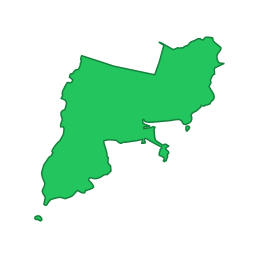 outline of Ngerkebesang, Palau, rotated 263°
{"feature_id": "81905179B69060738119315", "entity_name": "Ngerkebesang", "entity_type": "district", "adm_level": 2, "iso_a3": "PLW", "parent_name": "Palau", "parent_adm1": "", "projection": "equal_earth", "projection_center": [134.445, 7.355], "detail": "fine", "context": "isolated", "style": "filled", "palette": "green", "viewbox_px": 256, "rotation_deg": 263, "n_neighbors": 0, "source": "geoboundaries", "source_scale": "gbopen_adm2", "svg_char_len": 5055}
<svg xmlns="http://www.w3.org/2000/svg" viewBox="0 0 256 256"><g transform="rotate(263 128 128)"><path d="M201.2,89.5L199.7,89.8L197.9,88.6L195.5,88.1L194.4,87.3L193.2,86.6L192.1,85.8L192.1,85.3L192.2,83.5L191.4,82.3L190.5,81.1L188.9,79.8L188.7,79.7L188.7,78.6L188.6,77.5L188.3,77.3L187.6,76.8L186.6,76.5L185.4,76.1L182.9,78.9L182.3,78.8L181.0,78.4L179.7,76.4L180.2,75.2L180.5,74.6L180.4,73.1L176.8,70.4L172.0,67.4L170.7,67.1L170.0,66.9L168.1,67.0L166.2,65.8L165.4,65.3L164.7,66.7L164.3,67.5L164.2,67.6L163.5,68.6L162.3,69.7L160.2,70.0L158.5,69.5L153.8,67.5L153.5,65.8L152.7,64.3L151.5,63.4L149.2,63.1L144.9,63.8L143.6,63.5L140.7,62.0L139.9,61.6L138.6,61.4L138.1,61.4L137.3,61.4L137.2,63.6L136.1,64.3L135.0,64.4L132.5,63.9L129.2,62.9L123.6,58.7L122.2,56.7L121.2,55.5L120.9,55.1L119.0,53.2L118.3,52.6L115.7,50.4L114.0,49.7L113.9,49.7L112.8,50.6L111.6,49.5L110.6,49.1L110.2,49.0L108.6,46.1L106.4,44.1L104.8,42.7L102.2,40.5L100.8,39.6L95.4,37.3L93.6,36.7L90.2,36.9L86.6,37.8L83.9,38.6L82.7,38.6L81.4,38.2L81.2,38.2L79.1,36.9L76.9,35.6L76.0,35.3L75.4,35.2L73.5,35.6L69.2,37.5L62.6,35.2L62.1,35.7L61.4,36.4L61.5,37.9L61.7,38.1L64.1,40.0L66.0,42.0L66.7,43.9L67.3,48.2L67.6,51.7L66.7,54.2L66.4,54.9L66.3,55.1L65.5,57.0L66.6,62.1L67.0,63.6L67.7,64.9L70.8,68.5L72.2,70.1L70.1,73.2L69.2,74.7L68.9,77.0L71.0,78.3L71.5,80.8L72.2,84.0L72.3,84.4L72.8,85.6L73.5,86.6L74.9,86.5L78.0,84.9L79.1,84.0L80.7,82.9L81.7,82.5L82.8,83.4L83.0,84.5L83.2,85.4L82.7,86.3L82.1,87.3L81.8,88.9L81.7,89.2L81.7,89.7L81.7,91.2L82.0,92.6L82.1,93.2L82.5,94.6L83.5,96.7L84.4,98.4L84.4,102.0L87.3,105.7L87.4,105.9L88.2,105.9L89.2,105.9L92.5,106.1L95.6,103.9L98.3,104.2L101.0,104.8L102.7,103.6L104.6,104.0L108.1,103.6L109.1,103.5L110.1,103.3L114.5,102.5L117.0,102.2L118.3,102.5L118.7,106.8L117.9,111.9L117.1,114.9L114.8,117.0L114.5,117.4L113.7,118.9L113.7,119.7L114.5,121.7L114.3,122.6L114.2,123.6L114.2,125.0L114.4,135.5L114.9,139.7L115.1,140.6L114.0,140.7L113.6,140.7L111.2,139.8L111.1,140.3L111.0,140.8L111.0,142.4L111.2,143.3L112.0,143.4L112.8,143.1L113.5,142.9L114.4,142.9L114.9,143.0L115.3,143.1L115.4,143.4L115.5,143.5L115.4,144.6L114.6,145.8L112.8,147.9L109.7,152.1L109.1,153.0L108.2,154.2L106.4,156.9L105.1,158.8L104.2,159.1L104.1,158.9L103.6,158.3L103.4,158.0L102.8,157.4L102.4,157.3L101.7,157.1L100.0,156.3L99.5,156.1L98.8,155.7L96.9,155.9L96.4,156.9L95.9,157.9L94.2,160.0L93.4,160.2L93.1,160.3L92.3,160.1L91.6,159.2L91.0,159.1L90.5,159.6L90.2,159.9L90.5,160.6L90.6,161.0L91.1,162.1L92.3,162.5L92.8,162.7L93.6,163.3L93.8,163.5L94.9,163.8L95.8,163.8L96.5,163.9L97.0,163.9L97.2,164.3L97.4,164.6L97.7,165.0L98.3,165.4L99.0,165.4L99.8,165.1L101.2,163.9L102.0,163.3L102.2,163.1L102.4,163.0L102.9,162.7L103.2,162.7L103.3,162.8L103.6,163.0L103.9,163.8L104.3,164.4L104.8,165.3L104.8,165.9L104.9,166.1L105.3,166.1L105.7,165.5L107.2,163.7L107.4,162.6L107.3,161.8L107.1,161.6L106.6,161.2L106.7,160.6L106.8,160.3L112.5,153.7L116.2,153.4L119.9,153.5L121.5,153.6L123.4,153.6L124.7,154.5L124.8,154.6L125.4,154.7L125.5,154.8L126.3,153.3L125.5,150.2L125.5,148.4L125.5,145.1L125.5,144.1L125.5,143.7L126.6,143.7L127.2,144.2L127.1,150.2L129.4,145.4L130.3,144.2L130.7,143.6L133.8,143.5L134.4,143.7L134.4,143.9L134.5,144.0L134.6,144.5L134.1,145.0L133.5,145.2L132.8,145.5L132.4,145.6L132.1,146.3L131.1,149.3L130.9,152.1L130.8,152.9L130.4,165.7L130.2,171.9L130.4,173.6L130.4,175.5L130.5,176.6L130.4,177.2L130.3,179.6L129.0,181.8L125.2,183.5L124.5,185.1L125.1,187.9L125.2,188.5L125.5,189.1L126.6,191.1L128.6,192.2L130.4,192.6L131.0,192.5L132.9,192.1L134.0,192.8L135.2,194.0L135.9,195.9L136.5,197.7L139.3,201.9L139.9,202.8L141.4,203.3L140.9,204.9L140.5,206.0L140.8,206.7L141.4,208.2L141.3,208.5L141.3,209.9L142.0,212.2L142.7,212.7L143.9,213.5L145.7,216.1L146.3,216.5L146.8,216.9L148.3,217.3L150.7,217.2L153.4,216.1L159.2,213.5L162.4,215.6L162.6,215.8L165.8,215.7L166.0,215.8L170.3,218.6L170.9,220.5L175.9,220.8L177.2,221.8L180.4,231.5L180.8,229.1L181.2,227.1L182.4,225.7L182.8,225.6L184.5,225.1L186.1,224.8L186.6,224.8L187.7,224.8L190.0,225.4L193.6,228.8L194.9,229.8L196.6,229.9L199.3,227.4L202.2,224.6L202.6,224.2L204.0,223.3L207.2,222.9L207.8,221.0L208.2,219.1L208.3,218.7L208.6,217.3L208.5,216.4L208.4,215.6L207.8,214.9L206.3,213.3L206.7,211.6L207.7,210.9L208.0,209.5L208.0,208.1L207.8,207.6L206.7,204.7L206.1,202.3L205.7,200.8L205.3,200.3L204.4,199.1L203.8,198.6L203.0,197.9L201.9,193.8L201.0,192.8L201.0,190.7L201.1,188.3L201.6,187.0L201.0,185.3L200.6,183.7L200.3,182.4L208.2,171.7L209.2,169.7L209.5,169.0L207.4,171.5L205.9,173.7L189.9,167.2L177.6,161.0L191.0,121.7L191.6,120.4L197.3,108.3L203.8,94.3L205.4,90.9L204.8,90.4L202.3,89.5L201.2,89.5ZM48.6,25.4L48.3,26.2L48.2,26.7L48.0,27.8L47.0,28.8L46.5,30.0L47.4,31.3L47.6,31.3L49.3,31.1L49.9,30.6L50.8,30.1L51.7,28.6L51.7,28.0L51.8,27.1L51.2,25.2L50.0,24.5L49.7,24.5L48.8,25.0L48.6,25.4ZM117.9,186.0L117.8,186.3L118.2,186.7L118.8,187.4L119.5,188.3L120.1,188.6L121.0,189.2L122.1,188.8L122.7,187.3L122.7,187.2L122.6,186.1L121.5,185.6L120.0,185.5L119.6,185.3L118.8,185.5L118.0,185.6L117.9,186.0Z" fill="#22c55e" stroke="#15803d" stroke-width="1.5"/></g></svg>